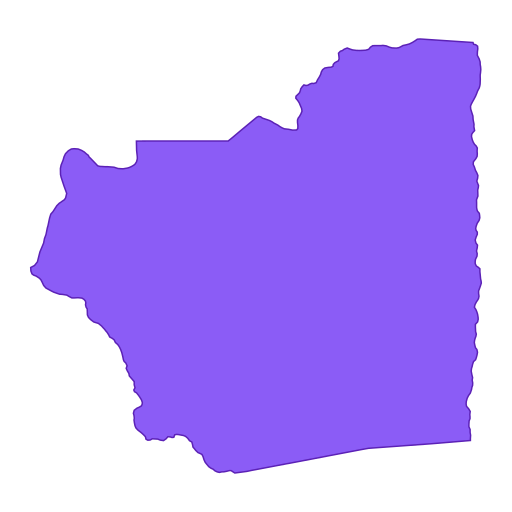 outline of Buritirama, Bahia, Brazil
{"feature_id": "56859067B31894088249853", "entity_name": "Buritirama", "entity_type": "district", "adm_level": 2, "iso_a3": "BRA", "parent_name": "Brazil", "parent_adm1": "Bahia", "projection": "orthographic", "projection_center": [-43.67, -10.572], "detail": "fine", "context": "isolated", "style": "filled", "palette": "violet", "viewbox_px": 512, "rotation_deg": 0, "n_neighbors": 0, "source": "geoboundaries", "source_scale": "gbopen_adm2", "svg_char_len": 5375}
<svg xmlns="http://www.w3.org/2000/svg" viewBox="0 0 512 512"><path d="M88.3,155.3L86.4,153.9L84.3,152.0L81.6,150.4L78.2,149.0L74.1,148.7L71.3,149.0L68.3,150.8L65.5,153.7L64.1,156.6L63.0,160.4L61.1,165.1L60.4,168.5L60.5,174.4L61.1,177.2L64.0,186.0L66.7,193.4L65.6,197.9L64.4,199.7L59.2,203.3L56.8,205.7L53.0,211.6L50.8,214.1L49.6,218.0L48.0,225.6L47.3,228.0L46.0,234.5L44.5,238.5L43.6,243.1L39.9,252.0L37.4,261.9L34.5,265.5L30.7,267.5L30.9,271.0L32.0,273.9L33.6,275.1L36.2,276.1L39.4,278.2L40.9,279.8L42.1,282.1L43.7,285.5L45.9,288.0L51.6,291.1L53.8,292.2L59.5,294.2L62.4,294.4L66.8,295.1L69.1,296.5L71.8,297.9L74.4,297.9L78.1,297.7L81.9,298.1L83.9,299.3L85.4,301.0L85.8,302.9L85.5,304.8L86.1,307.2L87.2,308.9L87.3,311.5L87.4,314.9L88.5,317.4L90.5,319.5L93.8,322.0L96.4,322.8L98.4,323.4L101.6,326.0L103.0,327.6L104.6,329.3L105.7,330.8L107.1,332.4L108.7,334.9L109.7,337.0L112.3,338.4L114.2,339.9L115.4,342.5L117.7,344.5L119.2,346.6L120.6,349.4L121.8,352.7L122.8,356.7L123.4,359.7L124.1,361.4L125.8,363.0L127.1,365.8L126.2,368.3L127.3,370.8L128.9,373.5L129.3,375.9L131.0,377.9L134.2,381.6L134.2,384.8L135.0,387.8L133.8,390.0L134.5,391.7L136.5,392.8L138.5,395.3L139.8,397.2L141.4,399.8L142.3,402.3L142.2,404.2L141.4,405.9L139.2,407.2L136.9,408.2L134.2,410.3L133.4,413.3L134.0,415.5L134.3,418.2L134.0,420.0L134.4,422.8L135.0,425.7L135.9,427.9L137.7,429.9L139.2,431.1L140.8,432.3L142.2,433.5L143.8,435.0L145.4,436.7L146.0,439.2L147.8,440.2L150.2,440.0L152.3,438.8L155.6,439.0L157.8,439.1L160.3,440.1L163.5,440.6L166.1,438.8L167.9,436.7L170.1,436.9L172.0,437.5L173.8,437.3L174.7,434.8L176.6,434.4L178.7,434.6L181.3,435.1L183.5,435.5L185.6,436.4L187.7,438.2L189.5,440.7L191.8,442.0L192.5,444.5L193.0,447.1L194.4,448.7L195.7,450.4L198.0,452.6L199.7,453.3L201.9,454.4L203.0,456.5L204.0,459.7L205.2,462.3L206.7,464.2L208.8,466.7L211.1,468.3L213.1,469.2L214.9,470.8L217.2,471.9L219.5,472.4L221.6,471.9L224.0,471.8L226.6,471.3L229.3,470.6L231.1,470.6L232.9,471.8L234.8,473.0L246.9,471.4L252.0,470.3L255.8,469.6L286.9,463.7L288.8,463.4L361.2,449.6L368.5,448.3L431.9,443.7L436.8,443.3L470.4,440.5L470.4,438.5L470.6,435.2L470.1,432.4L470.1,429.5L468.9,426.7L468.9,424.4L469.1,421.0L470.0,418.6L470.0,416.6L469.8,414.6L470.2,411.4L468.6,408.7L466.5,406.3L466.1,403.9L466.3,401.4L467.2,398.2L468.5,395.6L470.3,393.1L471.5,389.6L471.9,387.3L472.6,385.3L472.7,382.9L472.2,380.1L472.6,377.6L471.9,374.8L471.2,371.1L471.5,368.5L472.1,366.6L472.6,364.3L473.5,361.6L475.6,359.7L476.3,357.7L477.0,355.1L477.5,352.3L476.9,349.5L475.5,347.8L474.8,345.1L474.3,342.5L474.6,340.3L475.1,338.4L475.9,336.3L476.3,334.1L475.6,331.6L475.5,329.2L475.4,327.2L475.4,324.3L477.6,321.9L478.2,319.3L478.1,317.4L477.6,314.3L476.9,312.0L475.9,309.6L474.4,307.3L475.0,304.6L476.4,301.9L477.6,300.2L478.5,298.6L479.0,296.2L478.6,293.4L478.6,290.9L479.3,289.1L480.4,286.0L481.3,283.1L481.1,281.1L480.6,278.9L480.4,276.8L480.2,274.6L479.9,271.8L479.9,268.8L478.3,267.3L476.3,266.0L475.2,263.6L475.2,261.3L475.5,259.3L477.0,256.2L477.2,253.7L476.5,251.0L477.2,247.9L477.5,245.2L475.9,242.9L475.2,240.0L476.1,237.1L477.3,234.3L477.3,232.1L476.1,230.4L475.7,228.5L476.1,226.4L477.2,223.3L479.1,220.4L479.8,217.8L479.6,215.3L479.3,213.3L477.5,211.2L476.9,209.4L476.6,207.4L476.6,202.8L476.5,199.8L477.9,196.1L477.8,192.8L477.7,190.0L478.3,187.5L478.5,185.5L477.7,183.5L476.8,181.1L477.6,178.3L477.9,175.5L476.8,172.8L475.5,170.4L474.4,167.0L473.2,164.4L473.4,161.8L475.9,158.6L477.1,156.4L477.3,153.9L477.1,151.1L477.3,148.0L476.2,146.0L474.5,144.3L473.2,142.1L472.3,139.8L471.5,136.6L471.7,134.3L472.8,132.6L474.6,130.6L473.9,126.8L474.0,124.2L473.5,121.6L473.1,119.4L472.9,116.0L471.5,111.6L470.7,109.0L470.5,106.2L471.2,104.3L472.4,102.0L473.8,99.5L475.5,96.3L476.6,93.7L477.6,91.0L479.2,88.0L479.8,85.9L480.1,84.1L480.2,81.6L480.3,79.2L480.2,76.8L480.2,74.9L480.5,72.9L480.8,69.6L480.6,66.7L480.2,64.5L480.1,61.9L479.2,59.0L477.3,55.3L477.4,51.8L477.8,48.8L477.6,46.2L475.7,44.7L473.6,44.3L473.0,42.5L421.9,39.1L420.0,39.0L417.3,39.2L415.2,40.7L412.5,42.4L409.5,43.9L406.3,44.8L403.0,45.5L400.5,46.9L398.7,47.7L396.4,48.1L392.1,47.9L389.5,47.2L386.3,45.9L382.9,45.4L381.1,45.6L378.4,45.6L375.0,45.6L372.7,45.7L370.4,47.2L368.7,49.3L365.7,50.2L362.3,50.4L359.7,50.5L356.3,50.4L352.5,49.9L349.8,49.0L347.2,48.0L344.2,49.2L342.3,50.6L340.4,51.2L338.5,53.2L338.9,56.2L339.1,58.8L338.4,60.8L336.4,61.8L334.8,62.7L333.3,64.4L332.9,66.4L331.1,67.2L328.3,67.4L324.8,68.0L322.6,69.7L321.3,72.0L320.7,74.3L319.2,77.2L317.6,79.7L316.2,82.7L313.7,83.5L311.9,83.3L309.9,84.0L307.9,85.2L306.0,85.5L303.9,84.9L302.1,86.8L300.7,88.9L300.3,90.8L299.5,92.8L298.0,94.3L296.0,96.2L295.8,98.2L297.7,100.5L299.2,102.8L300.5,105.9L301.6,108.5L302.0,111.2L300.9,113.9L299.5,116.4L298.2,118.1L297.5,120.0L297.5,122.4L297.9,125.8L297.8,128.6L296.6,130.0L292.6,130.1L288.6,129.3L284.3,128.8L282.2,127.9L279.9,126.6L278.0,125.2L276.3,124.3L274.1,123.2L271.9,121.7L269.5,120.5L266.9,119.6L264.5,118.8L262.4,118.1L260.7,116.8L258.6,116.4L256.7,117.3L239.6,131.5L233.1,137.0L228.2,141.0L147.5,141.0L136.4,141.1L136.6,150.3L137.3,156.9L137.3,158.9L136.5,161.9L134.9,164.3L133.4,165.4L131.5,166.5L129.3,167.5L127.3,168.1L125.4,168.4L123.0,168.8L121.0,168.7L118.0,168.5L114.0,167.2L107.7,166.7L105.1,166.7L102.3,166.5L99.9,166.4L97.7,165.8L96.2,164.2L93.5,161.4L90.5,158.3L89.1,157.0L88.3,155.3Z" fill="#8b5cf6" stroke="#5b21b6" stroke-width="1.5"/></svg>